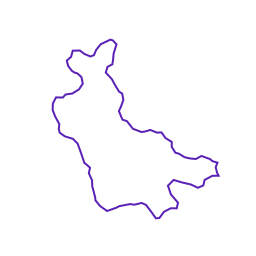 the district of Bengtsfors, Västra Götaland, Sweden, rotated 152°
{"feature_id": "70781695B25080467136500", "entity_name": "Bengtsfors", "entity_type": "district", "adm_level": 2, "iso_a3": "SWE", "parent_name": "Sweden", "parent_adm1": "Västra Götaland", "projection": "albers", "projection_center": [12.194, 59.012], "detail": "fine", "context": "isolated", "style": "outline", "palette": "violet", "viewbox_px": 256, "rotation_deg": 152, "n_neighbors": 0, "source": "geoboundaries", "source_scale": "gbopen_adm2", "svg_char_len": 1369}
<svg xmlns="http://www.w3.org/2000/svg" viewBox="0 0 256 256"><g transform="rotate(152 128 128)"><path d="M70.4,43.3L70.4,46.3L69.0,52.2L65.3,55.4L69.0,59.1L70.3,62.3L72.6,64.7L76.2,68.8L82.7,68.8L87.7,72.1L91.8,75.7L95.0,81.3L97.8,84.0L98.2,90.9L95.9,95.1L99.6,101.5L100.5,108.4L104.6,110.3L109.2,115.8L113.8,116.7L118.0,118.1L124.0,125.0L125.8,134.7L129.0,138.0L128.1,147.2L123.9,150.4L118.9,155.0L117.0,161.1L118.8,164.3L119.3,172.6L119.3,178.6L121.6,187.4L117.4,191.6L111.9,191.6L109.1,195.3L105.8,200.4L101.2,205.0L98.9,207.2L100.2,212.4L102.1,214.3L112.8,214.8L119.3,212.0L123.9,208.3L127.6,208.8L131.8,213.9L134.1,219.0L140.5,222.2L144.8,217.6L150.4,216.2L151.7,211.1L150.8,205.1L149.4,202.3L147.1,200.0L145.2,194.9L147.1,188.4L153.1,185.1L161.0,184.6L167.5,186.9L171.2,185.5L177.2,188.8L182.7,185.0L183.0,184.6L186.0,179.5L186.9,172.5L186.8,163.7L189.6,159.6L190.5,155.9L187.7,150.3L181.7,144.3L179.8,137.9L181.1,128.7L182.9,117.6L181.6,114.8L180.2,110.7L183.8,106.5L184.3,98.7L187.0,93.2L187.9,89.0L189.7,81.7L190.7,79.5L189.3,72.2L185.4,64.5L185.2,64.5L175.8,63.1L172.4,63.1L161.8,59.8L158.4,57.3L151.1,55.4L148.2,51.6L146.8,42.9L145.8,35.2L142.5,33.8L135.7,37.1L128.0,37.1L122.7,34.2L118.9,38.6L121.3,49.2L119.8,58.3L112.1,60.7L105.8,54.5L99.1,48.7L94.3,42.4L88.5,41.9L84.7,46.2L76.0,46.2L70.4,43.3Z" fill="none" stroke="#5b21b6" stroke-width="2"/></g></svg>